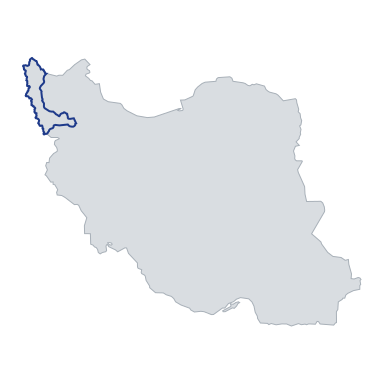 West Azarbaijan highlighted on a map of Iran
{"feature_id": "IRN-3237", "entity_name": "West Azarbaijan", "entity_type": "Province", "adm_level": 1, "iso_a3": "IRN", "parent_name": "Iran", "parent_adm1": "", "projection": "orthographic", "projection_center": [44.982, 37.874], "detail": "fine", "context": "in_parent", "style": "outline", "palette": "blue", "viewbox_px": 384, "rotation_deg": 0, "n_neighbors": 0, "source": "natural_earth", "source_scale": "10m", "svg_char_len": 8008}
<svg xmlns="http://www.w3.org/2000/svg" viewBox="0 0 384 384"><path d="M180.5,100.1L184.9,99.9L192.7,96.3L193.3,95.6L195.2,89.8L197.7,87.0L202.1,83.5L205.1,82.2L215.9,81.3L216.5,79.0L218.1,77.6L229.9,76.8L231.9,78.2L233.0,81.3L243.1,82.8L245.2,83.5L247.9,85.4L249.9,85.8L252.3,84.3L254.0,84.8L256.4,83.8L264.5,86.1L266.0,89.5L267.6,90.9L269.5,92.1L276.0,93.8L278.0,95.1L283.3,100.8L295.4,98.7L296.5,99.9L296.8,102.7L298.7,109.2L298.2,111.8L300.1,113.7L300.6,117.8L301.7,120.6L300.9,124.9L299.6,125.9L301.0,129.3L300.3,132.9L300.7,134.2L299.2,137.4L299.2,138.6L296.1,141.9L299.3,145.4L295.4,146.3L293.5,151.0L294.9,155.9L294.7,158.6L295.3,159.9L296.5,160.8L302.0,160.8L302.3,161.5L297.6,169.7L298.3,172.5L304.6,186.6L305.0,194.1L306.6,201.5L320.8,201.3L322.7,202.9L324.3,206.9L324.7,210.1L324.5,211.7L311.6,233.8L320.9,241.9L321.6,244.0L327.7,252.4L332.9,256.4L341.1,257.5L345.2,260.3L348.4,259.5L348.8,264.3L351.5,273.9L351.1,278.6L354.1,279.0L358.2,277.5L359.9,278.0L361.0,279.5L360.0,280.6L360.7,284.5L359.8,285.5L359.8,289.3L353.5,290.6L347.7,293.4L345.7,295.2L344.8,298.1L342.8,298.2L342.3,299.3L338.3,301.9L337.8,309.6L336.4,311.7L336.5,322.6L335.5,322.9L333.7,325.1L320.1,324.0L318.5,321.6L317.1,321.4L315.4,324.2L308.7,323.9L306.5,324.7L305.0,324.1L301.4,324.7L298.5,323.6L291.4,326.0L286.7,324.0L281.9,323.9L276.1,324.8L271.2,323.5L268.8,324.6L267.5,323.4L260.4,323.0L257.6,318.5L257.3,316.1L255.2,312.2L254.0,306.2L252.0,302.0L248.7,298.8L240.5,297.6L236.4,299.2L233.5,301.7L228.5,303.5L224.8,308.0L222.5,308.0L213.5,314.5L211.4,314.6L204.1,311.7L200.9,311.3L194.4,312.0L190.7,309.9L189.7,308.2L181.0,305.0L175.6,301.8L173.8,298.6L171.4,296.4L166.3,294.8L163.3,292.9L155.5,292.7L149.7,287.7L149.6,286.0L146.1,280.4L145.3,276.2L144.5,275.1L141.7,273.6L141.2,272.4L141.7,269.7L138.1,268.3L137.5,267.0L137.4,262.9L128.5,253.4L126.6,248.0L125.0,247.8L117.7,251.8L115.5,249.9L108.8,246.7L107.9,245.4L109.5,244.6L111.1,245.2L112.1,244.4L111.7,243.2L110.0,242.6L107.8,242.7L108.4,243.8L106.4,245.0L106.0,246.4L106.6,250.5L105.8,251.7L102.4,252.5L100.2,253.9L98.3,252.5L97.6,249.5L96.3,247.6L94.5,246.9L93.0,245.1L90.7,244.2L90.4,233.7L84.6,233.6L84.4,225.7L86.8,217.7L81.2,210.7L78.7,205.3L77.2,204.4L74.4,204.6L65.0,197.4L61.7,195.5L57.2,195.0L56.6,192.4L57.7,189.6L55.5,185.9L54.9,184.8L53.1,184.3L53.1,182.0L50.8,182.1L46.3,175.7L45.0,174.8L47.4,169.9L45.7,165.8L46.7,162.5L49.0,162.6L49.6,158.1L53.6,153.5L57.1,151.4L57.4,150.0L56.7,147.5L54.4,144.4L54.7,141.8L55.4,140.5L59.0,139.0L59.2,138.4L57.5,137.5L51.1,137.5L47.5,134.4L44.3,133.7L42.3,126.8L41.7,126.0L40.2,125.7L39.2,124.5L38.7,119.9L36.5,117.9L34.6,111.1L34.5,109.5L35.1,108.0L31.6,105.1L31.1,100.6L31.8,99.5L27.8,96.3L26.0,96.1L25.9,95.5L28.6,88.6L29.7,87.0L27.3,85.9L27.3,82.4L26.7,79.6L27.0,76.8L25.4,74.8L25.0,73.6L25.5,70.6L24.0,69.1L23.2,65.9L28.9,65.0L29.9,60.1L32.0,58.1L35.5,60.5L40.6,68.5L43.6,70.8L45.9,73.4L56.7,76.1L59.0,75.2L62.7,75.3L67.3,70.3L69.4,69.6L74.7,64.6L81.4,59.9L84.8,59.1L90.0,64.6L87.2,66.5L86.8,67.9L87.2,69.3L89.5,70.7L89.9,72.3L89.1,73.1L86.1,74.1L85.4,75.8L88.7,78.3L90.4,80.4L92.1,80.9L95.0,84.3L99.4,83.7L100.6,92.1L103.4,99.0L108.2,101.7L120.3,103.4L121.8,104.7L123.9,108.4L127.2,110.9L136.9,115.8L147.4,117.6L154.3,117.0L179.0,108.6L181.3,108.4L177.7,110.3L179.2,110.9L182.4,110.5L183.1,109.8L183.1,108.8L180.5,100.1ZM238.0,303.5L236.6,306.0L234.3,308.3L232.4,307.9L225.1,311.7L223.1,311.7L222.7,310.8L230.7,306.5L231.0,305.6L230.4,303.8L233.1,304.3L235.9,302.5L238.4,301.8L239.6,302.6L238.0,303.5Z" fill="#d9dde1" stroke="#a8b0b8" stroke-width="1"/><path d="M32.0,58.0L32.3,58.2L32.7,58.8L32.9,59.1L33.8,59.5L34.1,59.8L35.4,60.7L35.6,60.9L36.0,61.0L36.4,61.0L36.6,61.4L36.8,61.8L37.3,63.7L37.5,64.2L37.8,64.4L37.6,64.7L37.7,64.8L38.1,65.1L38.4,65.1L38.5,65.2L38.6,65.3L39.2,65.8L39.3,65.9L39.3,66.0L39.6,66.4L39.7,66.5L39.9,66.7L40.2,67.3L40.3,67.6L40.5,68.0L40.7,69.0L40.8,69.3L41.2,69.1L42.8,69.7L43.1,69.5L43.3,69.7L43.2,69.8L43.2,70.0L43.4,70.1L43.6,70.1L43.8,70.3L43.9,70.5L43.8,70.8L43.9,71.0L44.0,71.1L44.3,71.3L44.4,71.5L44.5,71.9L44.6,72.1L45.1,72.4L45.2,72.5L45.1,72.9L45.0,73.0L45.1,73.3L45.2,73.5L45.6,73.7L45.9,73.9L46.1,73.9L46.0,74.0L44.3,75.9L44.0,76.7L43.5,78.9L43.7,80.0L44.1,81.1L44.1,82.1L43.6,83.1L40.9,85.9L40.0,87.5L39.8,88.3L40.0,89.0L41.0,90.4L41.1,90.6L41.2,90.8L41.3,90.9L41.4,91.1L41.5,91.4L41.6,91.6L41.5,91.8L41.4,92.5L42.0,97.9L42.3,98.4L42.4,98.5L42.6,99.8L42.3,100.0L42.2,100.1L42.1,100.4L42.2,100.7L42.5,101.1L42.6,101.5L43.6,102.7L44.0,103.7L43.9,106.2L44.1,107.3L44.7,108.2L49.4,111.2L51.5,111.6L53.2,111.6L55.5,113.6L55.7,114.1L57.8,115.2L58.5,115.9L59.2,116.2L59.7,115.8L59.9,115.4L60.0,115.2L60.2,114.7L60.7,114.0L61.7,113.4L62.5,113.2L62.9,113.2L63.3,112.8L64.0,112.3L64.7,112.4L65.2,112.9L65.9,113.3L66.7,113.5L67.2,113.9L67.3,114.3L67.1,114.6L67.8,116.5L67.8,117.8L68.4,118.7L70.0,118.9L73.8,118.3L76.1,123.3L75.7,123.4L75.3,123.7L75.2,124.1L75.3,124.5L75.3,124.8L75.0,125.3L74.3,126.1L73.1,126.7L71.3,126.6L69.6,126.2L68.9,125.7L68.7,125.4L68.3,125.2L68.1,124.9L68.0,124.6L67.8,124.5L59.4,125.4L55.3,124.9L53.9,125.4L53.6,125.9L53.6,126.9L52.8,128.1L50.2,129.0L49.7,129.5L49.5,129.8L49.1,130.2L48.9,131.2L48.0,132.2L47.8,132.9L47.1,133.5L46.6,133.8L46.2,133.7L45.8,133.7L45.2,134.0L44.9,134.1L44.6,134.3L44.2,134.4L43.9,134.4L43.6,134.1L43.5,133.8L43.6,133.4L43.8,132.9L44.0,132.6L44.1,132.2L43.8,131.8L43.3,131.2L43.3,130.7L43.3,129.8L43.2,129.4L43.0,129.2L42.7,128.9L42.6,128.7L43.0,128.4L42.7,128.1L42.6,127.7L42.5,126.8L42.4,126.4L42.3,125.9L42.0,125.5L41.6,125.5L40.7,125.8L40.2,125.9L39.7,125.7L39.5,125.3L39.5,125.1L39.4,124.8L39.3,124.6L39.1,124.5L39.0,124.3L39.0,124.0L38.8,123.8L38.5,123.6L38.2,123.2L38.3,122.9L38.6,122.8L38.6,122.3L38.8,121.6L39.1,120.9L39.1,120.5L39.0,120.1L38.6,119.4L38.3,119.1L38.1,118.9L37.8,118.9L37.7,118.8L37.5,118.7L37.3,118.5L37.1,118.4L36.9,118.3L36.4,118.4L36.0,118.3L35.7,118.0L35.5,117.7L35.7,117.2L36.3,116.5L36.5,116.1L36.6,115.6L36.5,115.2L36.4,114.9L36.3,114.5L36.4,114.0L36.5,113.7L36.5,113.3L36.1,113.2L35.9,113.0L35.8,112.9L35.7,112.9L35.4,113.0L35.2,113.0L35.1,112.9L35.0,112.6L35.0,112.4L34.9,112.3L34.7,112.3L34.5,112.1L34.4,111.8L34.4,111.6L34.6,111.0L34.7,110.6L34.6,110.3L34.5,109.9L34.4,109.5L34.5,109.2L35.0,108.9L35.2,108.6L35.2,108.0L34.8,107.5L33.9,106.9L33.8,106.7L33.7,106.4L33.6,106.2L33.0,106.3L32.8,106.1L32.6,105.5L32.4,105.3L31.8,105.3L31.5,105.2L31.4,104.8L31.7,104.2L31.6,103.9L31.5,103.5L31.5,103.0L31.7,102.5L31.8,102.1L31.7,101.7L31.4,101.5L31.1,101.1L31.1,100.5L31.3,100.3L31.8,99.9L32.0,99.6L31.9,99.4L31.4,98.7L31.0,98.3L30.5,98.1L30.1,98.2L29.9,98.3L29.6,98.4L29.4,98.4L29.3,98.1L29.4,97.7L29.2,97.5L28.9,97.5L28.7,97.3L28.6,97.0L28.6,96.8L28.5,96.6L28.3,96.5L27.8,96.2L27.6,96.2L26.5,96.3L26.0,96.2L25.7,95.7L25.8,95.5L25.9,95.3L26.1,95.1L26.1,94.8L26.0,94.5L26.0,94.3L26.1,94.0L26.3,93.8L26.4,93.5L26.8,93.1L26.9,92.8L27.1,92.3L27.2,92.1L27.4,91.9L27.7,91.8L27.8,91.6L27.7,91.3L27.7,91.1L27.9,91.0L28.1,90.9L28.3,90.7L28.4,90.4L28.5,90.0L28.5,89.6L28.5,88.7L28.9,88.2L29.5,87.7L29.8,87.2L29.8,86.9L29.7,86.6L29.5,86.3L29.3,86.1L29.1,86.0L28.8,86.0L28.3,86.3L27.5,86.2L27.3,86.1L27.2,86.0L27.1,85.8L27.2,85.5L27.2,85.3L27.1,84.8L27.1,84.5L27.3,83.7L27.4,83.4L27.2,82.4L27.3,81.6L27.3,81.1L27.2,80.8L27.1,80.7L26.7,80.5L26.5,80.4L26.7,80.1L26.8,80.0L26.7,79.6L26.6,79.4L26.6,79.1L26.6,78.7L27.1,77.3L27.0,76.7L26.2,76.3L25.9,76.0L25.7,75.7L25.6,75.3L25.5,75.1L25.5,74.8L25.5,74.6L25.3,74.5L25.2,74.4L25.1,74.2L25.0,73.9L24.9,73.6L25.1,73.3L25.4,73.1L25.5,72.8L25.4,72.0L25.5,71.7L25.8,71.1L25.7,70.6L25.1,70.2L24.4,69.8L24.0,69.5L24.0,69.3L24.1,68.9L23.9,68.4L23.8,68.2L23.9,67.9L23.9,67.7L23.7,67.3L23.6,66.9L23.5,66.7L23.1,66.2L23.2,65.7L23.5,65.5L23.8,65.4L24.0,65.4L24.4,65.5L24.7,65.5L25.6,65.2L25.9,65.3L27.0,65.8L27.4,65.9L27.7,65.8L28.6,65.4L28.9,65.2L29.1,64.8L29.1,64.4L29.1,64.1L29.2,63.6L29.3,63.4L29.3,63.1L29.3,62.9L29.2,62.6L29.3,62.3L29.3,62.0L29.9,61.0L30.0,60.7L30.0,60.4L29.9,59.7L30.0,59.5L31.7,58.1L32.0,58.0Z" fill="none" stroke="#1e3a8a" stroke-width="2"/></svg>